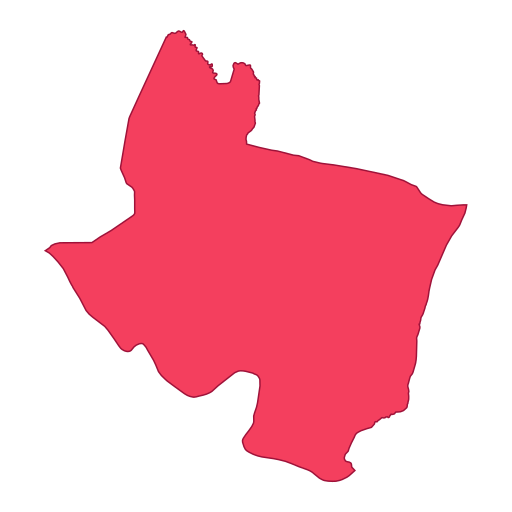 outline of Yang Chum Noi, Si Sa Ket, Thailand
{"feature_id": "78962969B51834817118015", "entity_name": "Yang Chum Noi", "entity_type": "district", "adm_level": 2, "iso_a3": "THA", "parent_name": "Thailand", "parent_adm1": "Si Sa Ket", "projection": "albers", "projection_center": [104.393, 15.245], "detail": "fine", "context": "isolated", "style": "filled", "palette": "rose", "viewbox_px": 512, "rotation_deg": 0, "n_neighbors": 0, "source": "geoboundaries", "source_scale": "gbopen_adm2", "svg_char_len": 5917}
<svg xmlns="http://www.w3.org/2000/svg" viewBox="0 0 512 512"><path d="M466.7,204.9L463.1,204.9L456.7,205.3L451.3,205.8L442.7,204.8L438.6,203.8L437.1,203.3L434.0,202.0L428.5,198.6L422.2,194.4L421.2,193.5L420.6,192.8L417.5,188.1L416.7,186.9L416.1,186.4L411.2,184.6L405.6,181.6L403.8,180.7L388.0,175.4L356.2,168.6L333.7,164.9L322.3,163.5L320.1,163.1L312.7,161.3L309.7,159.8L298.7,155.7L293.6,155.2L277.4,151.0L271.6,150.2L259.1,147.4L246.6,144.1L246.5,141.3L246.0,139.4L246.1,137.6L246.5,135.5L246.8,134.8L247.6,133.9L248.1,132.9L251.1,130.7L252.0,129.7L252.3,129.0L253.9,127.3L254.1,126.8L255.4,123.1L254.9,121.4L255.0,120.3L254.6,117.0L254.6,116.0L255.0,115.3L255.1,114.5L254.6,113.3L254.8,112.9L254.8,112.4L255.2,111.9L255.3,111.1L256.4,109.9L256.2,109.1L256.3,108.6L256.7,108.4L257.0,108.1L257.1,107.3L257.6,106.5L258.1,106.0L258.2,105.6L258.5,105.2L258.8,104.0L259.2,103.6L259.5,103.1L258.8,99.5L258.8,96.9L258.5,95.9L258.9,95.0L259.4,85.6L259.0,84.4L259.4,83.4L259.6,81.0L259.3,80.7L258.5,80.5L258.3,79.9L258.0,79.7L257.7,79.8L257.2,80.0L257.0,79.9L256.6,79.2L256.5,78.1L255.0,77.6L254.9,77.1L255.1,76.5L254.3,76.1L254.1,75.2L253.4,74.3L253.3,73.9L253.5,72.5L253.4,71.8L251.9,69.3L251.6,68.9L250.7,68.2L250.5,67.3L250.5,65.7L250.4,65.3L250.0,65.0L249.3,65.0L246.1,65.6L245.7,65.4L245.5,65.1L244.9,63.8L243.7,63.1L242.9,62.8L241.5,62.7L240.6,62.8L239.7,63.2L238.4,64.0L237.9,64.1L235.6,62.7L235.0,62.7L234.4,62.9L233.9,63.5L233.1,65.4L233.1,66.0L233.3,67.2L234.1,69.0L234.1,69.4L230.7,80.9L230.3,81.8L229.6,82.5L228.1,83.2L226.9,83.5L219.2,83.8L217.7,83.4L217.1,82.7L216.1,79.8L214.3,79.1L214.1,78.8L214.0,78.3L214.6,77.1L215.8,76.0L216.8,74.9L216.9,74.5L216.8,73.9L215.9,73.3L213.5,73.1L212.9,72.8L212.7,72.6L212.7,72.3L213.2,70.6L212.9,69.6L212.5,69.0L211.9,68.6L210.4,68.0L209.7,67.5L209.6,67.3L209.6,66.8L210.0,66.6L211.7,66.7L212.1,66.5L212.3,65.6L212.2,64.2L211.5,64.0L210.4,64.8L209.9,64.9L208.3,64.5L208.0,64.3L207.8,63.9L207.7,63.7L207.9,62.0L207.8,61.5L207.5,61.2L205.6,60.9L205.3,60.6L202.5,56.8L201.9,55.8L201.9,55.5L202.5,54.4L202.3,53.5L201.6,53.1L201.2,53.0L200.7,53.1L199.0,53.8L198.6,53.7L198.5,53.3L198.6,52.0L198.4,51.5L196.9,51.1L196.4,50.9L196.2,50.6L196.2,49.8L196.9,48.2L197.0,47.7L196.6,47.4L195.6,47.3L195.2,47.0L195.1,46.4L195.3,45.0L195.2,44.8L194.7,44.6L193.8,45.2L193.6,45.2L192.4,44.9L190.7,44.9L190.4,44.8L190.3,44.6L190.3,44.2L191.7,42.6L191.8,42.1L191.8,41.7L190.4,41.3L190.1,41.1L189.4,39.7L187.9,39.1L187.7,38.9L187.5,37.7L187.3,37.5L186.8,37.4L185.8,37.4L185.1,37.2L185.9,34.6L185.9,34.3L184.3,31.1L183.7,30.7L183.4,30.7L182.5,32.0L182.1,32.3L181.1,32.1L179.7,31.3L178.8,31.0L178.3,31.1L177.3,31.7L175.9,33.0L175.5,33.2L174.4,33.3L172.1,32.6L171.6,32.7L171.1,33.1L170.2,34.1L168.3,34.7L167.1,37.0L166.7,37.2L166.3,37.1L138.9,96.5L129.7,116.7L129.0,118.6L125.1,140.4L120.4,168.1L121.2,170.3L124.6,177.8L126.2,182.7L126.8,183.7L131.8,187.1L132.7,188.1L133.7,189.7L134.5,191.2L134.6,192.2L134.5,195.0L134.7,199.9L134.7,208.8L134.8,211.8L134.7,213.5L133.7,215.0L132.7,215.8L111.2,230.5L100.1,237.0L91.9,242.6L59.9,242.8L54.9,243.9L51.7,245.4L51.1,245.8L49.8,247.6L45.3,250.7L49.3,253.0L53.1,256.5L58.1,262.0L63.3,268.6L67.8,277.2L69.8,281.5L71.6,284.9L72.4,286.1L73.1,287.7L79.8,298.3L86.1,310.5L89.2,314.2L93.0,317.4L104.8,326.4L108.0,330.2L114.1,338.8L118.8,345.8L120.8,348.4L122.0,349.4L124.1,350.6L125.1,351.0L127.2,351.5L129.0,351.4L130.2,351.0L131.2,350.3L134.1,346.8L136.3,345.1L139.2,343.8L140.3,343.6L141.7,343.5L142.8,343.7L144.1,344.9L146.1,347.3L147.6,350.1L153.6,360.3L155.8,365.0L158.5,371.6L161.4,375.5L165.3,379.3L167.3,381.1L175.4,387.1L184.5,393.7L187.4,395.4L190.0,396.4L193.2,397.1L194.3,397.1L196.3,396.8L199.3,396.0L203.2,395.1L206.5,394.1L209.5,392.8L211.1,391.9L212.1,391.2L218.0,385.8L234.7,372.7L238.3,371.1L240.2,370.8L241.1,370.8L243.2,370.9L245.7,371.3L252.8,373.1L254.2,373.9L256.6,374.8L257.8,375.8L259.1,377.7L259.7,379.0L259.9,380.1L260.0,386.0L258.0,399.7L257.5,403.0L256.5,407.3L254.6,412.8L253.7,416.0L253.8,420.9L253.7,422.0L253.5,423.1L251.8,426.5L248.9,430.6L245.8,434.6L243.4,438.2L242.8,439.4L242.5,440.5L242.6,442.2L244.0,446.7L245.4,449.4L246.7,450.7L248.9,452.1L253.1,454.2L255.5,455.1L257.8,455.9L261.9,456.9L273.5,458.6L278.6,459.6L285.4,461.3L291.3,463.5L299.0,466.7L307.4,469.7L309.7,470.7L311.9,472.0L319.4,478.1L321.3,479.2L323.2,480.1L324.4,480.5L328.1,481.1L332.4,481.3L335.9,481.2L339.6,480.4L342.2,479.5L346.9,477.2L349.2,475.6L354.9,470.5L351.9,467.3L351.7,466.7L351.4,464.2L351.0,463.2L350.5,462.8L349.2,462.1L347.1,461.7L345.5,461.0L344.4,459.0L344.3,457.5L345.2,454.5L345.7,453.8L347.6,451.8L348.2,451.1L349.1,448.1L351.4,442.9L354.2,437.4L355.2,435.0L356.5,433.3L358.3,432.1L361.0,430.7L367.0,428.6L371.3,427.4L371.6,427.2L374.4,424.0L374.5,423.7L374.7,422.5L375.3,421.7L377.0,421.8L378.3,420.3L379.3,419.8L381.8,417.7L382.0,417.6L383.4,417.9L384.8,417.8L385.2,417.6L385.6,417.1L386.3,417.0L387.1,416.7L387.4,416.8L388.1,417.5L388.6,417.5L389.0,417.3L389.6,416.6L389.7,415.9L389.9,415.5L390.7,415.0L390.9,414.3L391.1,414.2L392.6,414.4L394.5,413.8L395.3,412.6L395.8,412.1L398.9,411.9L400.6,411.7L403.2,410.7L404.3,409.9L405.8,408.5L406.5,407.9L407.0,407.1L407.2,406.1L407.3,404.4L407.8,403.5L407.9,403.1L408.0,402.1L408.6,399.8L408.7,398.4L408.7,396.0L408.4,393.1L408.8,391.8L408.8,391.2L408.5,389.2L407.8,386.7L407.8,384.9L408.3,383.6L409.3,379.7L409.9,377.5L410.4,376.2L412.3,373.8L413.0,372.2L415.1,364.9L415.6,363.0L416.1,359.8L416.4,356.2L416.8,341.1L416.6,338.0L416.9,336.8L417.9,334.6L419.8,328.3L419.9,326.9L419.1,324.2L419.7,324.0L419.8,323.8L420.0,322.3L420.6,320.4L421.0,317.5L422.7,314.6L423.2,313.4L424.9,308.2L425.3,306.2L426.1,304.6L426.4,303.3L427.1,301.4L427.7,299.2L428.4,295.5L429.0,291.1L429.7,287.6L431.6,279.4L435.0,270.0L437.8,265.0L446.4,245.1L451.7,235.8L458.0,227.6L459.3,225.7L459.9,224.5L461.7,220.0L464.9,213.1L466.2,207.9L466.7,204.9Z" fill="#f43f5e" stroke="#9f1239" stroke-width="1.5"/></svg>